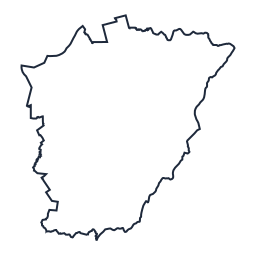 the district of Upper Hutt City, Wellington, New Zealand
{"feature_id": "76426892B70069822471948", "entity_name": "Upper Hutt City", "entity_type": "district", "adm_level": 2, "iso_a3": "NZL", "parent_name": "New Zealand", "parent_adm1": "Wellington", "projection": "orthographic", "projection_center": [175.164, -41.088], "detail": "fine", "context": "isolated", "style": "outline", "palette": "slate", "viewbox_px": 256, "rotation_deg": 0, "n_neighbors": 0, "source": "geoboundaries", "source_scale": "gbopen_adm2", "svg_char_len": 5655}
<svg xmlns="http://www.w3.org/2000/svg" viewBox="0 0 256 256"><path d="M206.8,32.9L205.1,32.7L203.4,33.6L201.4,33.2L197.5,33.7L195.6,33.2L194.1,32.1L193.2,31.7L190.0,34.5L188.3,34.9L186.7,34.9L185.5,34.7L184.3,34.1L183.8,33.5L181.2,29.9L180.4,29.1L179.2,28.9L176.3,30.4L174.5,30.5L173.9,30.9L173.4,31.8L172.6,34.9L170.9,39.5L170.1,40.2L168.3,40.2L167.6,39.9L167.3,39.6L167.0,38.6L166.2,37.5L166.3,37.3L165.2,35.0L165.0,34.8L164.4,34.7L162.7,32.9L161.2,31.8L159.4,33.2L158.2,34.5L156.1,34.5L155.6,34.1L154.5,33.8L153.1,33.0L152.8,32.0L151.1,28.5L150.6,28.4L150.4,28.1L149.1,28.4L148.9,28.9L147.9,28.5L147.3,28.6L147.9,30.1L147.5,30.3L146.2,29.7L145.9,30.0L145.4,30.0L145.2,30.7L144.9,30.9L143.5,31.0L143.0,31.2L142.7,30.8L141.9,30.7L141.4,29.9L140.7,29.4L139.8,29.4L139.4,29.9L138.9,29.9L138.5,29.7L138.4,29.3L138.0,29.3L137.7,29.8L137.5,29.7L136.9,29.9L136.2,29.1L136.0,28.7L136.0,28.3L135.5,28.3L135.3,28.0L135.5,27.8L135.3,27.7L130.0,27.7L129.8,28.1L129.5,27.8L129.0,27.8L125.7,15.4L114.9,18.2L115.0,18.5L116.3,19.9L116.6,21.5L102.7,25.1L107.1,42.0L92.5,42.1L92.4,42.4L92.8,42.9L92.6,43.1L92.1,43.0L91.9,42.1L90.6,40.3L90.5,39.6L89.9,39.2L90.0,38.9L87.9,35.3L87.6,34.8L87.2,34.7L86.6,34.3L86.1,34.3L86.1,34.1L85.3,33.9L85.0,33.4L85.1,32.9L84.3,32.4L85.1,29.3L82.7,26.0L79.0,29.0L77.5,30.7L76.7,31.9L74.9,35.6L73.4,38.2L70.6,43.7L69.2,45.6L66.5,48.3L65.3,50.6L64.6,51.6L62.5,53.3L59.1,55.0L56.5,55.8L50.0,56.1L47.4,55.9L44.3,62.8L34.0,67.5L21.6,65.5L21.5,67.2L21.7,69.1L22.6,72.0L24.1,74.3L26.1,76.3L31.6,87.5L26.9,105.8L27.3,106.2L28.2,106.5L28.0,105.8L28.5,105.9L28.6,106.7L29.3,106.9L29.2,106.6L29.4,106.4L29.7,106.7L30.0,105.5L30.6,105.2L30.6,105.7L30.8,105.6L30.8,118.0L33.1,118.5L36.3,118.5L36.9,118.1L37.2,117.2L38.1,116.9L38.5,117.0L39.1,117.6L40.1,117.3L42.3,116.4L42.8,116.4L42.9,122.3L43.1,122.9L43.0,123.6L43.4,123.8L43.2,124.4L43.2,124.9L43.6,125.5L37.1,130.3L39.3,135.3L40.4,135.1L42.4,137.7L43.8,140.5L40.9,142.8L42.1,144.4L41.2,145.0L39.4,147.9L39.3,148.3L39.2,148.9L40.7,149.7L40.5,151.9L39.9,151.9L40.1,152.4L39.7,152.8L40.1,153.2L39.9,153.4L39.8,154.1L40.5,154.0L40.5,154.3L40.2,154.4L40.8,154.8L40.5,155.2L40.3,155.8L40.4,156.1L40.6,156.2L40.2,156.5L40.1,156.9L39.7,156.6L39.2,156.8L38.8,156.6L38.6,157.1L38.7,157.3L38.2,158.0L38.4,158.3L38.2,158.9L37.2,159.4L37.0,159.2L36.6,159.6L36.5,160.4L37.0,160.0L37.6,160.1L37.2,161.4L36.5,161.7L36.4,162.0L35.4,162.8L35.5,163.2L35.2,163.5L35.3,163.8L35.6,163.9L35.6,164.3L34.8,164.5L34.9,164.8L34.8,165.3L34.5,165.4L34.4,166.0L34.1,166.3L34.3,166.5L33.6,166.9L33.1,167.5L34.0,168.9L34.2,170.0L34.0,170.6L34.8,170.9L37.4,173.2L46.1,174.1L44.2,176.0L41.6,177.7L42.3,178.8L42.7,178.6L43.2,179.8L43.3,180.2L49.8,189.8L46.1,192.3L51.9,200.9L57.8,201.8L56.5,210.5L49.4,209.9L47.9,213.8L47.9,215.9L47.3,217.8L45.8,218.9L45.9,219.4L42.6,219.9L41.3,222.5L42.0,223.4L42.0,225.0L42.1,225.5L43.0,225.9L43.4,226.5L43.6,227.4L45.2,228.3L45.6,229.0L46.1,229.9L46.4,230.8L46.4,231.3L46.6,231.1L47.3,231.4L48.9,231.3L50.7,231.8L51.4,231.6L51.5,231.4L53.0,231.1L53.8,230.5L55.4,230.0L56.2,230.0L56.7,231.0L58.0,232.4L58.5,233.3L59.0,233.8L60.3,233.3L60.8,233.8L64.3,233.2L65.8,234.6L67.9,234.7L68.9,234.4L69.3,234.5L69.7,234.7L70.9,236.9L72.5,237.4L72.9,237.2L73.5,236.1L73.8,235.9L73.9,235.6L76.2,233.0L77.0,233.0L78.4,232.2L79.7,232.0L80.4,233.1L86.6,234.7L87.2,234.3L88.0,234.4L88.2,233.3L88.9,232.1L89.6,232.0L90.3,231.3L91.8,230.9L91.8,230.5L92.7,229.4L93.6,229.4L94.8,230.7L95.2,231.9L95.6,232.0L95.9,233.4L96.5,233.9L96.9,233.9L96.9,234.3L96.6,235.3L95.8,235.7L95.6,236.0L96.4,236.7L96.3,237.7L96.0,238.0L96.0,238.6L96.7,240.6L96.8,239.9L97.5,238.1L98.0,237.2L100.3,234.3L103.3,231.7L105.2,229.4L109.1,228.6L110.5,228.5L112.6,229.8L114.1,230.2L114.7,230.0L117.2,228.3L118.1,228.2L119.4,228.7L120.1,228.7L121.4,228.5L122.2,228.0L122.8,228.0L123.1,228.2L123.8,230.2L124.8,231.8L125.7,231.9L126.6,231.4L127.3,230.4L128.6,229.3L130.9,228.4L132.0,227.1L133.4,224.7L134.3,223.9L136.1,223.3L137.3,222.1L138.3,221.8L139.4,221.8L139.7,221.6L139.9,220.8L140.0,218.3L140.2,217.7L140.9,217.1L141.1,216.5L141.1,214.9L141.4,212.9L142.3,209.2L143.4,205.5L145.1,202.6L146.1,201.2L146.7,201.4L147.7,202.3L148.1,202.2L148.6,200.7L149.2,196.9L149.9,195.3L150.6,194.8L153.0,193.9L155.4,191.6L156.0,190.4L156.3,188.8L158.3,185.6L159.1,183.0L160.5,181.4L161.3,179.8L162.5,178.3L163.0,178.0L163.7,178.0L165.6,178.5L166.7,178.3L167.7,178.4L168.6,178.2L169.9,179.3L170.6,179.5L172.1,178.9L172.7,178.3L173.1,177.6L173.2,176.5L173.1,175.0L172.9,174.0L172.9,172.7L173.2,171.1L173.6,170.0L175.1,167.7L179.0,163.7L180.8,160.7L182.3,159.6L182.4,156.6L183.4,155.9L184.5,152.7L187.7,153.5L189.3,152.2L189.4,151.6L188.7,150.4L188.8,148.4L188.6,148.2L188.5,147.4L188.2,147.2L187.8,146.2L188.0,145.3L187.0,141.5L187.4,140.5L194.4,133.5L197.2,130.3L199.8,129.0L198.4,123.1L197.7,121.6L196.4,119.3L194.9,114.7L194.8,113.7L194.9,110.7L195.6,108.6L196.7,106.7L199.0,104.4L200.3,102.4L202.8,99.9L203.5,98.8L204.1,97.3L204.7,94.1L205.0,90.9L205.3,88.9L205.9,87.8L206.8,87.0L207.0,86.4L207.1,85.0L207.0,83.4L207.2,82.7L208.7,80.6L209.0,78.2L209.5,77.6L210.5,77.1L211.0,77.0L212.0,77.4L212.3,77.3L213.1,76.5L214.9,75.5L215.3,75.1L215.8,74.4L216.3,72.7L218.1,70.2L219.0,69.4L220.9,67.0L222.6,66.3L223.7,64.2L226.4,61.4L227.1,60.1L227.2,58.8L227.7,57.7L230.3,55.1L231.9,52.4L233.0,50.9L234.5,48.2L234.4,47.7L233.5,46.2L230.2,43.9L228.8,43.5L227.6,43.9L226.9,43.7L223.3,44.4L220.9,45.1L219.5,45.1L219.0,45.7L218.3,45.9L217.6,45.8L217.1,45.2L216.6,45.0L213.2,45.0L212.7,44.6L212.5,43.8L211.6,43.3L210.9,41.8L210.1,40.8L209.5,39.2L208.5,37.9L208.2,37.0L208.4,35.8L208.1,35.1L208.2,34.1L206.8,32.9Z" fill="none" stroke="#1e293b" stroke-width="2"/></svg>